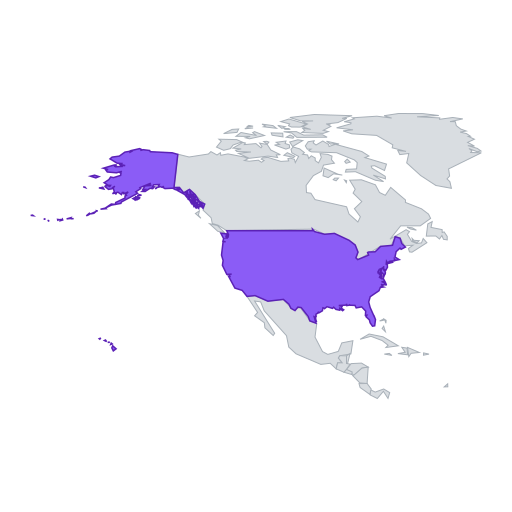 United States of America on a map of North America (Robinson projection)
{"feature_id": "USA", "entity_name": "United States of America", "entity_type": "country or territory", "adm_level": 0, "iso_a3": "USA", "parent_name": "North America", "parent_adm1": "", "projection": "robinson", "projection_center": [-126.716, 45.186], "detail": "fine", "context": "in_parent", "style": "filled", "palette": "violet", "viewbox_px": 512, "rotation_deg": 0, "n_neighbors": 17, "source": "natural_earth", "source_scale": "50m", "svg_char_len": 13517}
<svg xmlns="http://www.w3.org/2000/svg" viewBox="0 0 512 512"><path d="M226.6,230.6L217.9,225.1L212.3,223.5L211.1,217.7L203.1,210.2L204.8,204.0L189.5,189.4L183.7,192.7L174.0,187.5L177.9,154.2L189.1,157.0L208.4,154.0L210.9,151.6L217.0,155.0L220.4,152.7L220.8,155.3L228.0,153.9L244.2,157.0L247.9,158.8L244.4,160.5L249.2,161.2L258.4,160.2L261.5,162.3L264.1,160.5L261.2,159.1L262.7,157.9L267.9,157.4L280.9,161.4L288.7,160.9L287.9,158.7L290.1,158.1L294.4,159.3L295.3,162.6L298.6,156.4L291.9,152.9L291.0,149.3L293.2,147.0L299.7,148.9L304.4,152.6L302.6,154.3L307.6,155.0L308.7,158.5L311.3,155.8L315.2,158.0L315.2,160.6L318.5,162.9L321.3,157.4L320.1,153.6L327.8,154.4L332.0,156.1L331.5,159.7L334.4,163.2L323.5,165.1L321.4,171.3L313.4,175.6L306.1,185.4L306.5,192.6L310.9,193.2L315.0,199.6L346.6,206.8L349.0,214.0L357.9,222.0L360.4,216.8L354.4,208.7L361.8,201.6L353.1,193.1L355.2,189.2L349.7,180.2L361.4,179.8L375.4,184.8L379.5,192.5L385.3,195.3L390.7,187.4L405.5,200.0L405.4,202.4L421.5,208.8L428.5,214.1L430.6,218.4L420.3,225.8L400.7,225.8L390.0,239.2L406.1,229.7L409.5,231.6L407.4,234.3L411.7,241.5L416.5,243.5L421.5,242.9L423.2,238.5L426.9,242.7L412.0,252.2L409.5,251.9L408.4,248.5L413.0,245.2L404.6,245.8L400.2,238.2L395.2,236.7L390.8,246.3L380.1,246.4L358.6,259.6L356.0,258.4L358.0,252.1L355.2,245.0L334.4,233.4L324.3,234.0L313.5,229.1L226.6,230.6ZM333.2,179.7L334.7,178.1L338.5,178.1L336.1,180.8L333.2,179.7ZM330.4,144.1L326.5,141.2L339.1,144.0L333.7,143.8L330.4,144.1ZM346.3,182.7L344.5,180.0L346.7,180.8L346.3,182.7ZM293.9,137.0L293.0,138.2L286.3,137.2L290.2,135.0L293.9,137.0ZM290.3,129.4L284.9,129.3L284.0,128.5L288.6,128.5L290.3,129.4ZM277.8,125.4L285.3,126.7L281.9,128.4L277.8,125.4ZM327.1,137.2L296.9,137.4L291.6,133.0L283.6,131.7L296.4,131.6L303.7,135.1L322.6,134.8L327.1,137.2ZM246.5,127.8L253.1,128.0L244.8,128.8L246.5,127.8ZM248.8,125.4L253.1,126.2L246.7,126.8L248.8,125.4ZM432.2,221.6L431.0,227.4L442.1,229.6L442.2,232.5L444.1,231.9L447.2,236.4L447.2,239.9L443.5,239.3L441.9,235.5L439.5,239.0L435.8,236.0L426.3,236.1L427.8,223.9L432.2,221.6ZM324.1,168.0L338.0,174.2L342.3,175.1L333.6,173.8L328.2,177.6L323.0,175.8L324.1,168.0ZM329.1,146.5L335.3,144.3L361.8,151.5L368.9,156.0L364.9,157.6L386.5,164.1L384.5,170.5L374.5,165.7L371.2,166.1L371.9,168.1L385.2,176.3L385.5,178.9L373.3,175.1L383.6,181.6L375.3,180.2L355.4,171.7L345.4,172.1L346.2,169.4L356.6,168.9L357.2,162.6L354.3,159.9L336.5,152.7L311.4,151.9L308.8,150.7L310.9,149.2L307.3,149.2L305.3,145.9L308.2,141.7L314.2,140.8L313.2,142.9L316.0,145.0L322.8,141.0L328.5,144.4L329.1,146.5ZM289.7,142.0L297.8,139.8L302.7,140.6L292.6,146.5L289.7,142.0ZM223.6,133.6L232.1,129.4L238.7,129.0L237.0,132.4L223.6,133.6ZM195.4,213.5L199.4,210.8L198.4,215.2L200.9,218.3L195.4,213.5ZM262.0,124.1L273.0,125.6L276.5,128.3L263.5,126.8L265.4,126.0L262.0,124.1ZM224.5,232.6L217.8,231.3L209.5,223.7L217.5,225.6L224.5,232.6ZM218.9,139.2L236.7,139.6L241.9,141.9L233.1,145.0L230.2,148.7L223.7,150.3L216.5,147.1L221.3,141.2L218.9,139.2ZM254.5,131.6L264.5,135.5L249.5,138.8L245.4,137.8L250.2,136.4L236.0,136.3L241.0,132.5L256.5,135.5L252.6,132.7L254.5,131.6ZM259.6,143.1L267.2,144.5L270.8,150.0L280.4,154.7L276.3,154.9L277.6,157.5L268.1,156.1L249.4,158.3L238.5,153.4L250.9,152.0L236.9,151.5L235.5,150.2L241.2,148.9L232.9,148.1L242.8,142.4L245.4,143.0L244.3,144.6L255.9,143.6L261.0,147.8L262.0,146.5L259.6,143.1ZM279.5,144.4L276.2,142.3L286.0,141.0L285.1,143.5L289.3,144.9L289.7,147.8L285.9,149.1L274.5,145.0L279.5,144.4ZM263.7,141.5L266.9,141.3L268.9,142.1L267.2,144.2L263.7,141.5ZM271.2,132.9L282.7,133.2L283.0,136.9L272.1,135.2L271.2,132.9ZM280.8,121.6L288.9,119.0L306.1,124.0L300.3,127.1L291.5,127.0L288.5,125.7L289.6,123.9L280.8,121.6ZM289.9,117.5L314.3,114.5L352.1,115.7L342.1,118.4L346.8,118.4L337.9,122.6L326.0,124.0L329.3,124.4L328.1,124.9L330.9,126.4L323.3,130.3L328.4,131.6L323.2,133.4L301.8,132.5L304.8,130.4L302.6,128.3L310.7,129.4L302.6,126.9L307.6,124.0L302.2,121.4L313.1,120.9L300.4,120.8L289.9,117.5ZM350.2,162.1L346.1,163.3L344.7,161.6L347.2,159.1L350.2,162.1ZM287.3,152.7L294.9,156.3L293.6,157.5L283.9,155.3L287.3,152.7ZM407.0,227.2L412.3,227.8L416.4,230.2L410.5,229.0L407.0,227.2ZM412.1,238.4L413.9,240.3L419.2,240.7L417.1,242.6L412.6,240.9L412.1,238.4Z" fill="#d9dde1" stroke="#a8b0b8" stroke-width="1"/><path d="M407.1,348.1L407.6,354.8L397.9,353.6L405.2,352.3L401.8,347.3L407.1,348.1Z" fill="#d9dde1" stroke="#a8b0b8" stroke-width="1"/><path d="M408.8,356.6L407.5,347.4L419.3,352.5L411.1,353.3L408.8,356.6Z" fill="#d9dde1" stroke="#a8b0b8" stroke-width="1"/><path d="M379.6,321.0L383.1,319.3L383.3,320.4L379.6,321.0ZM383.2,318.5L386.1,320.3L385.9,323.2L385.0,320.6L383.2,318.5ZM382.1,328.5L383.7,326.1L385.4,331.7L382.1,328.5Z" fill="#d9dde1" stroke="#a8b0b8" stroke-width="1"/><path d="M384.1,115.7L398.6,113.5L422.8,113.6L438.8,115.5L417.1,116.8L439.8,117.9L439.5,119.3L452.7,117.5L462.8,118.9L450.0,121.6L455.3,121.7L456.3,125.7L460.8,129.1L466.2,131.0L460.1,132.1L466.5,133.6L470.4,136.2L468.3,136.5L474.4,139.2L467.6,142.4L474.5,146.1L467.8,145.6L477.3,148.4L481.0,151.0L477.1,151.7L468.9,148.5L471.9,150.8L470.7,152.5L481.3,152.8L448.6,168.9L449.6,176.0L447.0,178.9L449.9,181.7L451.4,188.3L435.9,185.5L420.6,175.5L406.7,162.9L408.8,153.5L399.8,154.6L397.8,150.5L406.0,151.4L392.2,147.8L392.8,144.8L376.6,135.4L351.8,133.8L343.1,130.9L353.0,129.8L336.6,127.8L350.9,123.8L351.0,122.7L344.2,121.7L354.3,118.9L352.4,117.8L376.9,116.2L391.7,118.1L384.1,115.7Z" fill="#d9dde1" stroke="#a8b0b8" stroke-width="1"/><path d="M247.0,296.4L255.1,295.6L267.9,301.2L283.2,299.5L292.6,309.5L300.3,307.5L310.2,321.2L316.8,323.2L315.0,337.1L322.5,351.6L327.8,354.4L338.3,351.4L341.8,342.9L352.9,340.7L350.9,353.9L339.9,355.7L338.4,358.0L342.2,362.8L337.6,362.8L336.2,368.9L330.2,363.3L320.8,364.4L296.0,353.8L288.8,347.1L286.5,335.7L264.2,310.8L260.7,301.9L254.6,301.0L274.7,333.3L273.2,335.5L264.9,327.8L264.3,322.7L254.6,315.8L257.6,312.4L247.0,296.4Z" fill="#d9dde1" stroke="#a8b0b8" stroke-width="1"/><path d="M389.7,392.6L388.0,398.4L383.4,391.3L377.3,398.5L370.3,395.0L369.8,389.4L375.2,392.1L383.7,389.0L389.7,392.6Z" fill="#d9dde1" stroke="#a8b0b8" stroke-width="1"/><path d="M371.2,389.0L369.8,394.4L360.1,387.5L359.0,383.6L367.1,383.5L371.2,389.0Z" fill="#d9dde1" stroke="#a8b0b8" stroke-width="1"/><path d="M367.1,383.5L359.8,382.9L352.6,375.5L362.0,367.9L368.2,367.1L367.1,383.5Z" fill="#d9dde1" stroke="#a8b0b8" stroke-width="1"/><path d="M368.2,367.1L362.0,367.9L353.8,375.2L346.4,369.4L351.2,363.6L361.5,363.1L368.2,367.1Z" fill="#d9dde1" stroke="#a8b0b8" stroke-width="1"/><path d="M346.4,369.4L352.2,372.0L351.7,374.5L343.9,372.2L346.4,369.4Z" fill="#d9dde1" stroke="#a8b0b8" stroke-width="1"/><path d="M336.2,368.9L337.6,362.8L342.2,362.8L338.4,358.0L339.9,355.7L346.5,355.8L346.5,363.5L350.1,364.1L346.4,369.4L343.9,372.2L336.2,368.9Z" fill="#d9dde1" stroke="#a8b0b8" stroke-width="1"/><path d="M346.5,355.8L350.0,353.6L347.6,363.5L346.5,363.5L346.5,355.8Z" fill="#d9dde1" stroke="#a8b0b8" stroke-width="1"/><path d="M423.6,352.9L429.0,354.1L423.5,355.2L423.6,352.9Z" fill="#d9dde1" stroke="#a8b0b8" stroke-width="1"/><path d="M384.3,354.1L389.3,353.4L391.9,355.4L384.3,354.1Z" fill="#d9dde1" stroke="#a8b0b8" stroke-width="1"/><path d="M369.1,334.0L383.0,336.8L398.3,345.8L385.9,347.5L388.1,345.2L382.0,340.5L370.9,336.3L360.1,339.3L369.1,334.0Z" fill="#d9dde1" stroke="#a8b0b8" stroke-width="1"/><path d="M444.2,386.9L447.7,383.8L447.8,386.8L444.2,386.9Z" fill="#d9dde1" stroke="#a8b0b8" stroke-width="1"/><path d="M380.6,246.4L392.5,245.3L395.2,236.7L400.1,238.2L401.8,243.5L405.4,247.1L401.1,249.3L400.0,248.1L396.1,251.7L395.0,257.0L399.2,259.6L395.4,260.4L394.4,259.1L394.4,260.8L389.9,261.2L386.9,263.3L387.0,262.1L386.5,261.3L386.2,264.2L387.3,264.7L387.5,267.2L385.8,270.3L383.0,268.4L384.1,266.4L382.7,267.8L383.7,270.0L385.0,271.2L385.4,272.6L383.4,277.8L383.7,274.5L380.9,271.5L381.8,268.3L379.7,269.2L381.4,274.0L378.9,272.6L378.2,272.7L378.6,271.2L378.5,270.8L377.9,271.9L378.1,272.9L381.8,274.8L378.8,273.7L381.9,276.1L380.4,276.3L382.3,278.2L382.0,278.4L381.1,277.5L378.9,277.0L381.8,278.8L383.4,278.7L385.8,283.1L383.8,279.7L384.6,281.9L381.5,281.5L385.0,283.0L384.0,285.0L381.0,284.3L382.9,285.3L381.6,286.3L383.5,287.0L380.3,287.5L379.0,290.7L370.2,296.7L368.7,302.0L370.1,307.4L375.5,319.5L374.7,325.8L372.5,326.2L370.1,322.8L369.4,319.9L366.0,316.7L366.9,315.2L365.4,315.3L365.7,311.1L361.7,306.9L356.2,307.9L355.0,305.4L349.5,305.2L350.1,304.3L349.2,305.2L346.8,305.6L346.6,303.8L346.3,305.1L338.8,305.5L342.1,306.4L341.2,308.1L343.7,309.8L342.6,310.7L339.7,308.4L339.7,310.2L335.9,309.4L333.7,307.2L332.5,308.4L327.0,306.7L324.0,309.1L324.7,308.4L323.0,307.8L322.4,310.8L319.2,312.7L317.7,311.8L318.6,312.8L316.1,314.1L315.4,317.4L314.2,316.8L316.0,323.2L309.8,320.9L308.2,316.5L301.2,307.6L297.9,307.1L295.0,310.6L290.9,308.3L288.9,304.2L283.4,299.4L267.9,301.2L255.1,295.6L247.0,296.4L242.2,290.4L234.9,288.1L228.5,276.2L229.9,276.4L229.1,274.3L231.7,274.1L226.8,274.4L222.4,265.3L223.1,260.5L221.5,255.1L223.1,241.6L225.6,241.8L222.9,241.3L223.6,238.6L220.8,233.1L226.8,234.0L225.8,237.0L227.6,234.9L227.5,237.3L226.1,238.0L227.2,238.1L228.2,237.0L228.5,234.5L226.7,230.7L312.7,230.7L312.5,229.2L314.6,231.6L324.7,234.3L334.4,233.4L349.1,240.3L355.2,245.0L358.0,252.1L355.9,257.8L357.7,259.6L368.6,255.1L367.6,252.5L368.6,252.0L375.1,251.8L380.6,246.4ZM204.7,204.1L203.0,208.3L201.6,206.8L202.5,206.2L201.8,203.3L199.5,204.1L198.5,205.3L200.3,202.9L196.7,199.7L194.8,199.2L194.4,197.5L195.9,197.8L194.7,196.8L195.7,196.6L193.3,195.9L193.9,194.2L191.3,194.4L189.8,190.8L190.3,195.2L188.0,194.6L187.4,192.2L187.1,193.3L185.0,192.3L187.5,194.4L185.9,195.2L177.1,190.3L178.1,188.8L178.6,190.1L179.5,189.3L178.3,188.6L175.4,189.7L172.7,188.2L164.9,188.6L162.9,187.4L163.7,186.2L162.0,187.3L158.4,186.0L159.2,184.5L153.6,184.8L152.4,186.9L154.3,186.9L152.7,188.7L150.0,188.3L145.1,191.5L142.2,191.4L145.1,189.5L142.8,189.5L145.0,185.9L151.4,185.5L148.9,184.4L150.8,183.2L139.9,187.6L140.7,188.6L135.8,191.8L137.6,193.3L121.4,202.0L120.9,203.4L111.5,205.1L105.4,208.0L111.3,204.0L115.3,204.4L115.7,202.5L125.0,198.0L125.0,196.0L126.4,195.4L125.6,194.6L128.2,191.9L123.8,193.8L123.1,192.9L124.4,192.5L122.3,192.5L121.5,194.6L117.9,192.2L112.5,193.7L114.3,192.0L113.2,187.6L114.9,186.2L112.4,187.7L112.5,188.7L108.5,189.4L105.1,186.7L107.1,185.4L109.8,186.5L110.5,185.4L106.2,185.3L107.1,184.6L104.1,182.7L108.9,179.6L110.6,177.0L113.5,177.6L120.6,175.4L121.0,173.2L119.8,172.6L121.8,171.3L116.5,172.8L107.3,172.0L105.8,170.0L108.1,169.5L103.3,168.2L114.1,165.0L116.1,164.9L116.3,165.1L114.8,166.3L115.6,166.8L122.8,166.4L120.9,165.8L119.4,164.0L120.1,163.8L121.6,165.5L125.2,165.6L121.1,164.6L121.8,163.5L117.1,163.2L110.0,158.9L112.1,157.1L119.3,156.1L124.9,152.1L129.6,151.3L129.9,152.3L131.4,151.5L129.8,151.1L130.9,150.6L139.7,148.6L141.7,149.6L140.4,150.5L143.2,149.7L149.7,150.5L150.3,151.7L172.3,152.8L177.8,154.4L174.0,187.5L179.4,187.4L183.7,192.8L189.5,189.4L195.2,194.6L199.5,201.4L204.7,204.1ZM135.8,196.7L140.3,197.7L138.2,198.0L138.8,198.6L137.0,199.0L135.6,199.7L134.7,200.7L135.3,199.9L132.9,198.6L134.9,197.5L135.9,198.7L135.8,196.7ZM194.4,202.4L198.3,205.6L197.4,205.2L197.0,205.6L198.9,206.6L198.7,208.5L193.9,204.5L195.2,203.9L193.8,203.8L194.4,202.4ZM113.3,350.9L111.8,347.9L112.7,345.8L116.1,348.8L113.3,350.9ZM90.5,176.2L94.6,175.2L98.9,176.6L95.8,177.9L90.5,176.2ZM186.0,196.2L190.6,196.1L189.5,197.0L190.6,198.1L188.8,197.4L187.7,198.2L186.0,196.2ZM102.8,187.2L103.8,189.0L98.9,187.9L100.6,187.8L102.8,187.2ZM189.1,197.9L191.3,201.0L191.1,202.8L189.0,199.0L187.9,199.9L189.1,197.9ZM190.8,194.8L192.7,195.6L193.8,197.5L192.5,196.0L193.6,198.5L192.0,199.7L190.8,194.8ZM100.5,209.2L105.3,208.1L106.0,208.7L100.5,209.2ZM201.1,203.8L201.2,206.6L199.4,206.6L201.1,203.8ZM391.5,262.4L393.4,262.1L386.9,263.8L392.1,261.7L391.5,262.4ZM193.3,199.9L196.3,200.3L195.1,200.5L195.5,201.9L193.3,199.9ZM90.6,213.9L96.0,211.5L93.9,213.3L90.6,213.9ZM139.1,194.6L141.5,195.2L137.3,195.8L139.1,194.6ZM192.1,200.5L193.9,201.2L192.5,203.4L192.1,200.5ZM90.2,213.8L88.3,215.0L86.3,215.8L89.4,213.2L90.2,213.8ZM197.9,201.8L197.8,203.9L196.9,202.9L197.9,201.8ZM110.7,344.5L111.2,343.1L112.2,343.9L110.7,344.5ZM70.3,218.5L66.6,218.9L70.8,217.7L70.3,218.5ZM195.6,206.6L196.6,208.6L194.6,206.3L195.6,206.6ZM105.5,340.0L106.6,341.6L104.4,340.5L105.5,340.0ZM155.3,189.0L156.5,187.3L157.1,187.6L155.3,189.0ZM30.7,215.4L32.6,215.1L33.4,215.7L30.7,215.4ZM100.8,338.0L99.8,339.2L99.2,338.7L100.8,338.0ZM62.3,219.0L62.7,220.0L61.0,220.5L62.3,219.0ZM59.2,219.6L57.8,220.2L57.6,219.4L59.2,219.6ZM83.2,186.8L85.1,187.2L85.4,187.6L83.2,186.8ZM158.3,186.9L159.6,187.1L157.9,187.2L158.3,186.9ZM197.1,202.0L196.3,202.7L195.9,202.3L197.1,202.0ZM193.7,205.5L195.1,205.5L193.9,206.4L193.7,205.5ZM70.7,218.5L72.6,218.6L73.6,218.7L71.1,218.8L70.7,218.5ZM107.7,342.4L108.9,342.1L109.8,342.3L107.7,342.4ZM61.0,219.3L59.0,220.2L61.0,219.3ZM227.3,233.1L228.1,234.6L228.1,234.9L226.9,233.7L227.3,233.1ZM97.7,210.9L96.7,211.1L96.5,210.7L97.7,210.9ZM316.6,322.1L315.6,319.4L315.6,317.9L315.8,319.5L316.6,322.1ZM115.9,194.0L115.4,193.6L116.7,193.2L115.9,194.0ZM48.4,220.5L49.2,221.4L47.7,220.3L48.4,220.5ZM137.7,199.4L136.8,199.9L136.6,199.7L137.0,199.2L137.7,199.4ZM44.8,219.2L43.7,219.3L45.3,218.6L44.8,219.2ZM316.0,316.5L315.6,317.7L316.5,315.4L316.0,316.5ZM373.9,315.5L374.9,317.9L373.7,315.2L373.9,315.5ZM386.3,284.6L385.7,285.5L385.9,283.3L386.3,284.6ZM385.3,273.6L384.7,274.9L385.3,273.2L385.3,273.6Z" fill="#8b5cf6" stroke="#5b21b6" stroke-width="1.5"/></svg>